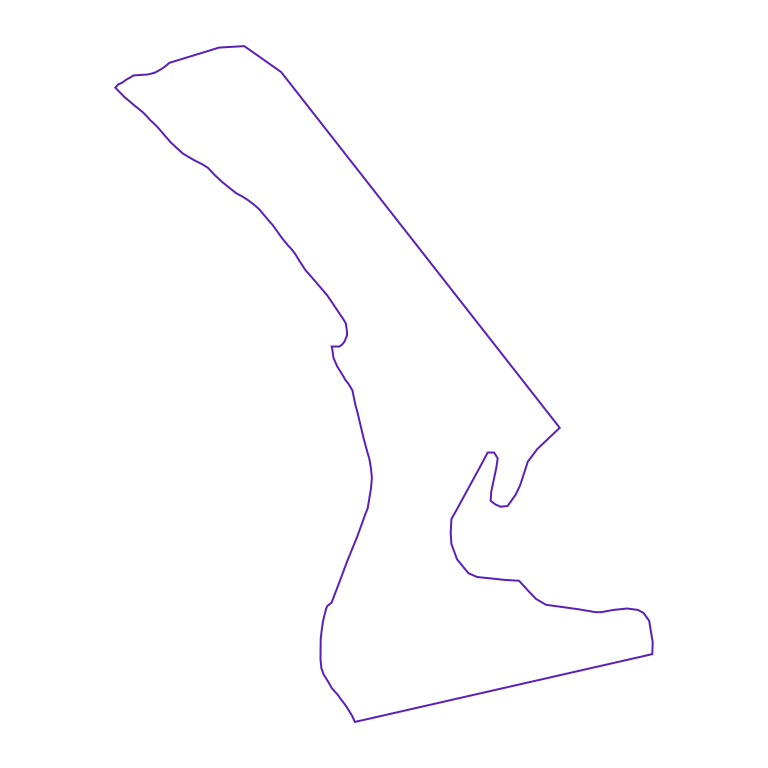 Village, Choiseul, Saint Lucia (Mercator projection)
{"feature_id": "8701671B35560062727781", "entity_name": "Village", "entity_type": "district", "adm_level": 2, "iso_a3": "LCA", "parent_name": "Saint Lucia", "parent_adm1": "Choiseul", "projection": "mercator", "projection_center": [-61.05, 13.775], "detail": "fine", "context": "isolated", "style": "outline", "palette": "violet", "viewbox_px": 768, "rotation_deg": 0, "n_neighbors": 0, "source": "geoboundaries", "source_scale": "gbopen_adm2", "svg_char_len": 1837}
<svg xmlns="http://www.w3.org/2000/svg" viewBox="0 0 768 768"><path d="M652.3,654.1L652.7,642.2L649.2,620.9L643.5,612.9L637.8,609.9L627.1,608.5L613.6,609.9L601.5,612.1L595.1,612.1L578.1,609.2L546.1,604.8L536.1,599.0L528.3,590.9L519.0,580.7L517.6,580.7L504.8,579.9L477.1,577.0L468.5,573.3L457.1,559.4L451.4,544.0L450.7,533.1L451.4,519.1L457.1,508.9L479.9,467.1L487.7,452.5L494.1,452.5L497.7,458.4L496.3,467.9L491.3,491.3L490.6,500.8L495.5,504.5L500.5,506.7L507.6,506.0L515.5,494.9L520.2,485.1L527.8,461.7L537.3,449.0L559.7,427.8L281.1,72.0L244.2,46.1L239.2,46.4L219.0,47.6L169.4,62.8L164.8,66.7L160.6,69.5L154.6,72.8L147.7,74.5L136.8,75.2L133.4,75.5L129.7,77.8L126.2,79.7L122.3,82.6L118.1,84.5L115.3,87.7L119.8,92.3L124.7,97.3L129.3,101.1L135.5,106.4L139.8,109.8L143.2,112.6L146.8,116.3L150.2,120.1L153.6,123.2L157.9,127.5L164.3,135.0L170.8,142.5L177.5,148.7L182.7,153.4L188.3,156.8L194.7,160.5L201.8,164.0L207.8,167.7L209.6,169.6L214.5,174.9L222.2,182.0L228.7,187.3L236.3,193.3L242.2,196.4L248.0,200.1L254.5,205.1L259.4,209.5L264.6,215.7L270.1,222.2L272.9,225.3L282.2,238.4L288.4,245.9L291.4,249.0L294.8,253.3L298.8,259.9L305.2,269.8L314.7,280.7L319.0,285.7L327.4,295.6L342.5,318.0L345.8,323.3L347.0,331.7L347.0,335.4L345.4,339.4L344.5,341.6L342.0,344.7L339.4,346.5L331.7,346.5L332.3,349.3L333.5,358.0L337.2,366.4L343.0,375.7L345.4,380.0L348.5,383.8L352.5,390.6L353.7,396.8L355.4,404.9L357.5,412.6L363.5,437.8L367.5,452.7L369.0,457.6L369.9,461.7L371.0,468.8L371.9,478.1L370.9,489.0L369.9,494.9L367.7,508.2L364.9,515.3L361.8,524.0L357.3,536.4L347.0,561.7L340.2,580.0L331.6,602.6L327.3,606.0L326.1,608.8L323.2,620.2L321.7,630.2L320.7,639.1L320.5,659.3L321.4,668.3L323.5,674.2L328.7,682.6L331.8,688.2L338.2,695.3L340.0,698.1L346.0,705.9L352.1,715.8L354.9,721.9L356.3,721.6L652.3,654.1Z" fill="none" stroke="#5b21b6" stroke-width="2"/></svg>